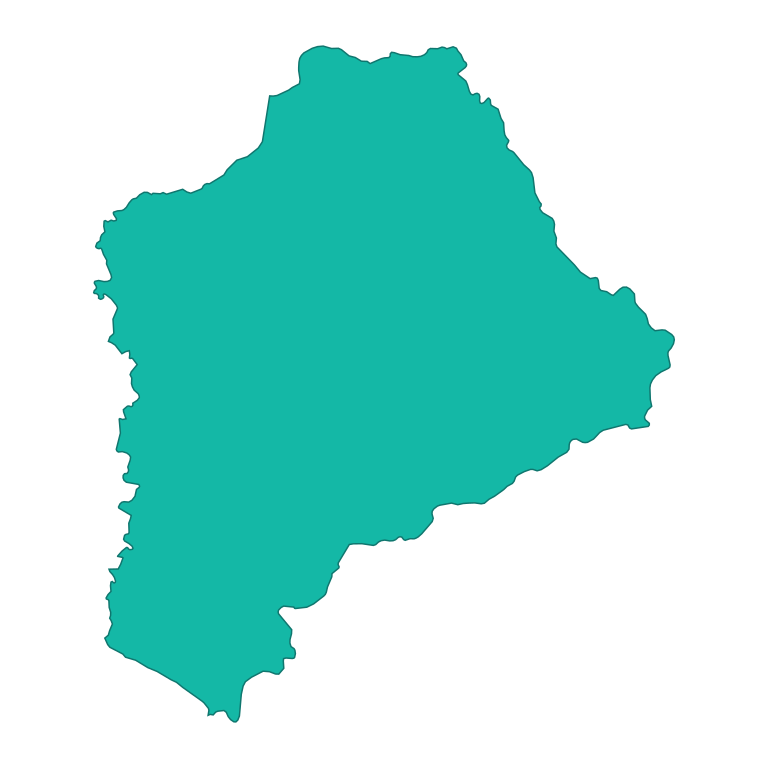 Piraera, Lempira, Honduras (Mercator projection)
{"feature_id": "27666195B26013568254344", "entity_name": "Piraera", "entity_type": "district", "adm_level": 2, "iso_a3": "HND", "parent_name": "Honduras", "parent_adm1": "Lempira", "projection": "mercator", "projection_center": [-88.47, 14.049], "detail": "fine", "context": "isolated", "style": "filled", "palette": "teal", "viewbox_px": 768, "rotation_deg": 0, "n_neighbors": 0, "source": "geoboundaries", "source_scale": "gbopen_adm2", "svg_char_len": 6046}
<svg xmlns="http://www.w3.org/2000/svg" viewBox="0 0 768 768"><path d="M651.7,406.3L650.3,399.6L649.9,387.8L650.5,384.0L652.4,380.0L655.8,375.6L661.1,371.9L668.6,368.2L669.8,367.0L670.1,364.9L668.0,355.5L667.9,352.8L668.6,350.9L671.1,348.1L673.5,343.7L674.3,339.8L673.7,336.9L671.7,334.5L665.2,330.2L662.0,329.9L655.0,330.7L651.2,327.8L648.4,323.9L647.2,318.6L645.6,314.3L638.4,307.1L635.4,303.1L634.9,301.4L634.4,294.0L629.8,288.9L626.5,287.1L623.0,287.2L619.8,289.2L613.3,295.4L611.2,294.7L606.7,291.7L600.9,290.5L599.2,288.4L598.3,280.5L597.3,278.2L595.6,277.6L590.1,278.6L580.4,272.1L574.4,264.9L556.9,246.9L555.9,243.8L556.4,238.0L553.9,231.2L554.5,224.5L553.8,221.1L552.2,218.4L542.6,212.7L540.1,209.5L539.7,207.6L541.0,206.0L541.2,204.0L539.4,201.8L534.9,192.8L533.1,177.7L531.5,172.6L529.5,170.0L523.6,164.6L513.9,152.6L512.6,151.5L509.2,150.0L507.0,147.8L506.6,145.2L508.5,141.7L508.7,140.4L506.3,137.6L504.8,134.8L504.1,130.8L503.6,122.8L501.0,118.4L498.1,109.2L491.3,105.4L490.6,103.8L490.3,100.0L488.7,98.1L487.8,98.4L484.0,102.6L481.8,103.5L480.3,103.1L479.6,101.0L479.8,96.5L479.0,94.3L477.1,93.3L475.2,93.7L473.0,94.9L470.9,94.1L469.4,91.4L467.4,84.6L465.8,81.0L458.2,74.7L457.9,73.7L458.4,72.8L465.2,67.5L466.4,65.9L466.6,64.4L465.9,62.7L463.7,60.9L461.0,54.7L457.9,51.0L456.4,48.2L453.1,46.8L446.8,48.8L444.6,47.6L442.0,47.1L437.7,48.7L430.4,48.5L428.2,49.8L426.8,52.6L424.5,54.7L420.9,56.3L417.2,56.8L412.7,56.7L408.8,55.5L400.2,54.7L394.4,52.7L391.6,52.3L390.3,53.7L390.1,56.4L388.8,57.6L384.4,57.9L381.3,58.7L370.1,63.6L367.2,61.4L361.4,61.2L355.3,57.5L349.1,55.9L341.5,49.7L338.4,48.3L331.5,48.5L323.2,46.1L317.6,46.6L312.2,48.3L303.9,52.9L301.5,55.4L299.8,58.3L299.0,62.1L298.7,67.5L298.7,70.5L300.1,79.7L299.4,83.8L292.3,87.5L288.7,90.1L277.1,95.5L273.1,96.1L269.7,95.9L262.4,141.7L258.3,148.0L247.4,156.7L236.8,160.2L227.2,169.7L223.9,175.0L209.5,183.8L207.0,183.6L204.9,184.4L203.4,185.8L202.1,188.4L201.1,189.1L190.8,193.2L186.9,192.0L182.7,189.3L166.6,194.2L163.1,192.6L160.3,193.8L153.0,193.3L151.5,194.6L147.5,192.4L144.1,192.3L139.8,194.7L136.4,198.2L133.2,198.9L131.8,199.8L129.2,202.8L126.4,207.3L123.9,209.6L122.0,210.5L117.4,210.9L113.7,212.1L113.3,212.9L113.7,214.5L116.5,218.8L116.2,220.4L113.8,221.0L111.1,220.2L108.0,221.9L105.2,220.6L104.1,221.2L103.8,226.4L104.9,231.8L101.7,234.8L100.5,237.5L100.2,240.7L96.9,243.1L95.7,246.5L96.2,247.5L97.4,248.3L99.0,248.7L100.8,248.2L101.7,249.1L103.5,254.4L106.8,260.3L106.5,263.9L111.0,274.6L111.6,277.6L110.2,280.3L107.4,281.4L104.0,281.6L98.6,280.5L95.0,281.3L94.4,282.2L94.4,283.3L96.2,286.3L96.5,287.9L96.1,288.9L94.3,290.6L93.7,292.6L94.3,293.4L96.5,293.6L98.0,294.7L98.7,295.9L98.6,298.2L100.4,299.3L101.8,299.0L103.5,297.8L103.8,296.6L103.2,295.0L103.6,294.2L104.4,294.0L106.1,294.7L111.3,298.8L116.3,305.1L117.4,307.4L117.4,308.7L113.0,319.1L113.8,332.9L113.2,334.1L110.0,336.9L108.4,341.4L111.5,342.7L115.2,345.1L121.9,353.7L125.7,351.6L129.3,350.7L129.8,354.4L129.4,358.0L130.1,358.5L131.7,358.2L132.6,358.5L137.2,364.6L131.3,371.8L130.1,374.7L131.8,378.0L131.5,383.6L132.4,386.8L134.2,390.2L138.2,393.7L139.2,395.8L139.3,397.7L137.3,400.3L132.8,403.2L132.9,405.2L132.2,406.3L131.0,406.7L128.9,406.0L127.4,406.2L123.4,409.6L123.6,411.9L126.0,418.8L122.6,419.5L119.9,418.6L119.2,419.1L120.4,433.1L116.3,449.3L116.8,450.8L118.3,452.0L122.4,451.6L126.8,453.0L129.2,454.8L130.6,457.0L130.2,460.1L127.8,467.0L128.6,470.0L128.3,471.7L127.2,473.4L124.5,473.7L123.2,475.4L123.1,477.9L124.0,480.3L126.3,482.2L138.4,484.4L139.1,484.9L139.6,486.2L139.2,487.3L136.5,489.4L135.0,496.3L131.9,500.3L128.7,502.1L124.1,501.7L121.9,502.2L120.0,503.9L118.5,507.0L118.9,508.1L131.2,515.4L130.5,518.7L128.8,523.2L129.1,532.7L128.2,533.9L125.9,534.4L124.6,535.3L123.6,539.2L124.6,541.0L128.9,543.5L132.1,546.2L133.0,548.3L132.4,549.3L129.9,549.7L128.7,549.1L127.6,547.6L126.4,547.5L122.1,551.0L117.8,555.9L117.7,556.4L122.5,557.4L123.0,557.9L120.7,564.2L118.2,569.0L109.0,569.2L109.9,571.6L112.6,574.6L114.4,577.5L115.5,581.0L115.3,582.3L114.5,582.9L113.6,582.8L112.3,581.5L111.0,582.1L110.5,585.7L111.0,591.4L108.0,594.6L106.1,598.0L106.4,599.0L108.1,599.6L108.9,600.7L109.2,607.5L110.7,612.3L110.6,615.5L109.7,618.2L111.2,620.7L112.4,624.0L109.6,630.7L108.3,635.2L104.8,638.1L107.7,644.6L109.9,647.3L122.8,654.0L125.5,657.2L135.6,660.2L147.8,667.6L157.2,671.5L171.0,679.7L176.5,682.3L182.9,687.5L202.0,701.1L203.9,702.7L208.4,708.3L208.9,710.3L208.1,715.3L210.1,714.4L213.2,714.9L215.7,712.1L217.8,711.2L224.0,710.5L226.3,712.3L228.2,716.6L230.6,719.6L233.8,721.8L235.9,721.9L237.8,720.1L239.4,716.1L241.3,694.3L243.1,686.1L245.4,681.7L251.5,677.2L263.1,671.2L269.5,671.7L275.5,674.0L278.8,674.1L283.8,668.3L283.3,661.0L283.6,658.6L286.0,658.0L292.2,658.5L293.8,658.2L294.6,657.4L295.4,653.6L294.9,650.2L294.0,648.6L291.0,646.6L289.9,643.0L290.0,639.6L291.5,633.8L291.7,629.7L278.6,613.9L278.1,612.0L278.6,610.0L281.1,607.5L283.7,606.1L293.8,607.1L294.6,608.3L295.4,608.5L306.8,607.2L313.6,603.9L323.8,596.0L325.3,594.4L326.3,592.2L327.5,586.9L331.8,576.8L332.0,573.6L338.8,568.0L339.1,566.8L338.1,564.6L338.3,562.8L349.3,544.5L353.3,543.8L361.9,543.7L373.4,545.4L375.7,544.6L378.5,542.0L381.1,540.7L384.7,540.1L389.8,540.9L393.1,540.7L395.6,539.7L398.2,537.4L399.9,536.7L401.8,537.1L403.7,539.6L405.2,540.3L410.0,538.7L414.1,538.8L415.9,538.2L418.2,536.9L421.8,533.7L432.2,521.6L433.2,518.3L432.0,513.9L432.2,511.3L433.9,508.8L437.4,506.1L439.8,505.2L451.5,503.1L457.8,504.7L463.1,503.5L468.4,503.1L474.8,502.9L481.2,503.8L484.4,503.2L489.1,499.2L494.7,496.1L503.7,489.6L507.1,486.3L512.4,483.4L514.1,481.2L515.6,477.0L517.5,475.1L524.3,471.6L530.5,469.4L532.9,469.4L537.1,470.8L541.1,469.7L547.4,465.8L558.2,457.1L566.7,452.3L569.0,449.2L569.2,444.7L569.8,442.5L571.2,440.6L572.9,439.4L576.5,439.0L582.7,442.3L585.2,442.6L587.6,442.3L593.6,439.0L599.7,432.5L603.3,430.2L625.7,424.4L627.8,424.9L629.6,428.0L631.5,428.9L648.2,426.4L649.3,425.0L649.3,423.3L645.3,419.8L644.6,418.1L644.6,416.2L647.6,410.1L651.7,406.3Z" fill="#14b8a6" stroke="#0f766e" stroke-width="1.5"/></svg>